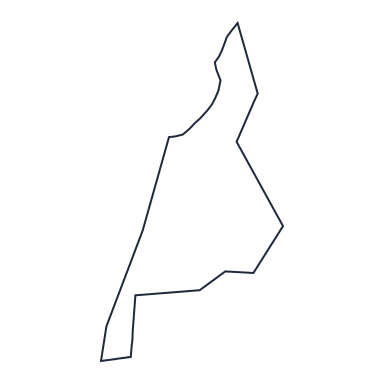 the district of Lagoinha do Piauí, Piauí, Brazil
{"feature_id": "56859067B7695377468194", "entity_name": "Lagoinha do Piauí", "entity_type": "district", "adm_level": 2, "iso_a3": "BRA", "parent_name": "Brazil", "parent_adm1": "Piauí", "projection": "orthographic", "projection_center": [-42.63, -5.813], "detail": "fine", "context": "isolated", "style": "outline", "palette": "slate", "viewbox_px": 384, "rotation_deg": 0, "n_neighbors": 0, "source": "geoboundaries", "source_scale": "gbopen_adm2", "svg_char_len": 535}
<svg xmlns="http://www.w3.org/2000/svg" viewBox="0 0 384 384"><path d="M142.7,230.5L106.4,326.4L101.0,361.0L130.8,356.9L131.6,346.4L132.4,340.0L132.7,331.5L135.4,295.3L199.7,290.2L225.3,271.4L253.4,273.0L283.0,226.1L236.6,141.8L254.3,100.9L257.7,93.6L237.6,23.0L231.5,30.7L226.8,37.0L224.2,44.3L222.0,50.1L219.1,56.4L214.8,62.4L216.4,69.8L220.5,80.3L218.5,90.4L215.1,98.4L212.0,104.3L207.4,110.4L200.2,118.3L194.9,123.1L189.5,128.8L182.9,134.5L175.3,136.4L169.0,137.1L142.7,230.5Z" fill="none" stroke="#1e293b" stroke-width="2"/></svg>